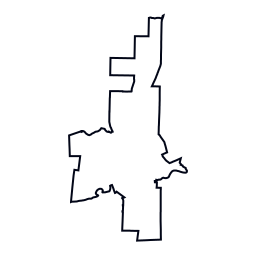 outline of Slobozia, Ialomita, Romania
{"feature_id": "2599482B59701946957193", "entity_name": "Slobozia", "entity_type": "district", "adm_level": 2, "iso_a3": "ROU", "parent_name": "Romania", "parent_adm1": "Ialomita", "projection": "natural_earth1", "projection_center": [27.382, 44.608], "detail": "fine", "context": "isolated", "style": "outline", "palette": "ink", "viewbox_px": 256, "rotation_deg": 0, "n_neighbors": 0, "source": "geoboundaries", "source_scale": "gbopen_adm2", "svg_char_len": 5560}
<svg xmlns="http://www.w3.org/2000/svg" viewBox="0 0 256 256"><path d="M71.0,202.0L71.5,201.8L72.1,201.7L72.3,201.7L73.2,201.7L73.7,201.6L74.1,201.6L76.3,201.5L77.1,201.4L77.8,201.2L78.4,201.0L79.0,200.9L79.6,200.8L81.7,200.6L82.6,200.4L83.6,200.3L85.6,199.8L86.9,199.3L87.3,199.1L88.9,198.7L89.3,198.7L90.2,198.7L90.6,198.7L91.1,198.7L91.3,198.6L92.0,198.3L92.3,198.0L92.7,197.7L93.1,197.5L93.5,197.4L93.8,197.3L94.4,197.2L95.9,196.9L96.6,196.6L97.6,196.2L97.8,196.0L98.1,195.5L98.0,195.4L97.9,195.2L97.7,195.1L97.3,194.9L96.5,194.5L96.2,194.0L96.0,193.8L95.8,193.2L95.9,192.6L96.5,191.3L96.8,190.9L96.9,190.6L97.4,190.1L97.8,189.8L98.4,189.3L99.0,189.1L99.3,188.9L99.7,188.8L100.2,188.8L100.6,188.8L101.0,188.8L101.6,189.0L102.0,189.3L102.4,189.8L102.7,190.2L102.8,190.6L102.8,190.9L102.7,191.3L102.5,191.6L102.4,192.2L102.6,192.4L103.2,192.4L104.1,192.3L105.2,192.3L105.9,192.1L109.3,191.3L109.5,191.1L110.1,189.6L110.3,188.6L110.4,187.7L110.3,187.0L110.1,185.8L111.0,185.3L112.0,185.0L113.5,188.8L113.7,189.6L114.3,191.3L115.0,193.0L115.3,192.9L115.8,192.6L116.1,192.3L116.6,191.7L124.4,197.4L124.2,197.5L123.7,197.6L122.8,197.4L122.1,198.1L122.3,198.4L122.7,198.8L123.0,199.6L123.2,200.2L123.3,200.8L123.2,205.1L122.8,205.1L122.8,205.4L122.8,205.6L122.9,206.1L123.1,206.1L122.9,210.8L122.5,211.0L122.4,211.1L122.6,212.3L122.9,212.4L122.6,220.4L122.6,220.5L122.3,227.6L122.2,230.7L122.8,230.7L126.2,230.7L130.0,230.7L131.2,230.8L138.4,230.9L137.1,240.6L144.7,240.3L147.0,240.2L150.5,240.0L158.9,239.7L160.9,239.6L160.9,239.4L160.8,234.5L160.8,232.2L160.8,229.6L160.6,221.0L160.6,219.3L160.6,216.6L160.6,212.5L160.7,211.7L160.7,208.8L160.7,207.1L160.7,204.9L160.7,202.7L160.7,200.1L160.7,199.3L160.7,197.5L160.7,195.7L160.7,194.1L160.7,190.6L160.8,189.4L160.8,187.8L159.4,187.8L156.6,187.7L156.8,185.8L156.9,182.4L154.9,182.3L154.8,181.0L156.3,180.9L156.3,179.8L157.4,180.0L157.7,180.0L158.2,179.8L159.0,179.6L159.5,179.6L159.8,179.7L160.2,179.6L160.6,179.5L161.2,179.1L161.7,178.6L162.3,178.1L162.7,177.9L163.2,177.7L164.2,178.0L165.1,178.1L166.2,178.1L166.6,178.0L167.1,177.9L167.6,177.7L168.0,177.5L168.4,177.2L168.7,176.9L168.9,176.7L169.5,175.2L170.0,174.2L170.9,172.8L171.4,172.2L171.9,171.6L172.2,171.3L172.5,171.1L173.1,170.8L173.7,170.6L174.2,170.5L175.0,170.5L175.7,170.5L176.5,170.6L177.4,170.9L178.0,171.0L178.9,171.2L180.5,171.8L182.3,172.3L183.2,172.5L184.2,172.6L185.2,172.7L185.7,172.7L186.0,172.6L186.3,172.4L186.7,172.1L186.8,171.9L186.9,171.4L186.9,171.2L186.9,170.5L186.5,170.0L186.3,169.8L186.1,169.5L185.7,168.7L185.6,168.3L185.7,168.1L185.3,167.8L183.8,167.0L183.4,166.8L183.0,166.5L182.6,165.5L181.9,165.3L181.4,165.1L180.9,164.9L181.2,164.5L179.7,162.7L180.8,158.3L179.7,158.8L177.2,159.9L177.1,160.0L176.1,160.4L174.2,161.2L173.1,161.6L171.5,162.4L169.5,163.1L169.4,163.0L168.7,162.5L167.0,161.2L166.5,160.9L165.2,159.5L164.4,158.4L162.7,156.4L162.6,155.6L162.4,155.2L162.1,154.6L163.6,153.9L166.3,152.7L167.1,152.4L165.5,146.1L164.5,142.8L164.5,142.5L164.3,142.0L160.6,136.8L159.9,135.6L159.7,135.3L159.4,135.0L159.3,134.8L158.8,134.6L158.6,134.4L158.7,131.2L158.8,126.4L158.9,125.4L159.1,119.3L159.4,112.5L159.4,112.1L159.5,108.8L159.5,106.9L159.6,105.3L159.6,103.2L159.7,100.4L159.7,98.6L159.7,94.7L159.7,92.3L159.8,86.5L157.5,86.4L152.7,86.3L151.9,86.3L152.8,84.4L153.3,83.2L154.0,81.7L154.6,80.5L155.1,79.3L155.4,78.8L155.8,77.8L156.2,76.7L156.4,76.1L157.0,74.7L157.3,74.0L157.4,73.5L157.5,73.2L157.8,72.5L158.0,72.1L158.2,71.4L158.8,69.8L159.0,69.3L160.2,66.3L160.5,65.3L160.8,64.1L160.9,63.5L160.9,62.7L160.9,61.4L160.9,60.7L161.0,59.4L161.0,58.6L161.0,57.8L161.0,57.1L161.0,54.9L161.2,47.8L161.2,41.7L161.3,39.3L161.3,36.9L161.3,36.5L161.5,26.9L161.5,26.7L161.6,22.9L161.6,22.1L161.7,21.5L161.8,21.0L161.8,20.6L161.9,20.1L162.1,19.5L163.2,16.6L163.3,16.2L163.5,15.4L163.1,15.6L162.7,15.9L162.6,16.1L162.4,17.2L162.3,17.4L162.0,17.8L161.7,18.0L161.1,18.2L160.9,18.3L159.5,17.9L157.8,17.9L156.8,17.9L155.6,18.2L155.4,18.3L154.9,18.4L154.4,18.4L154.0,18.2L153.8,18.1L152.8,18.0L152.4,18.0L152.0,18.0L151.8,18.0L151.5,17.8L151.3,17.7L150.9,17.6L150.7,17.6L150.4,17.5L150.2,17.5L149.7,17.7L149.3,17.8L148.9,17.9L148.5,36.3L134.9,36.2L134.7,47.9L134.5,58.3L110.5,57.9L110.2,75.2L134.2,75.5L134.2,75.8L134.1,76.1L134.0,79.2L134.1,79.4L134.2,79.6L134.2,80.1L134.2,80.5L134.2,81.4L134.1,81.8L131.8,88.7L131.6,91.3L131.5,91.5L126.3,91.6L123.5,91.5L122.7,91.5L122.6,91.2L111.7,91.1L110.1,91.1L109.9,97.6L109.8,97.8L109.5,111.6L109.4,111.6L109.3,121.3L109.3,121.9L110.2,126.2L110.7,127.5L111.0,127.8L111.2,128.3L111.4,129.0L111.6,129.6L112.3,130.8L112.6,131.6L111.9,131.7L111.8,132.1L111.5,132.4L111.4,132.5L111.0,132.7L110.7,132.7L110.4,132.6L110.0,132.2L109.6,131.9L109.4,131.8L109.1,131.7L109.1,132.0L107.9,131.9L106.9,131.6L106.5,131.4L106.2,131.0L105.8,130.6L105.4,130.3L105.3,130.2L105.1,129.7L104.8,129.1L104.6,128.9L103.9,128.7L103.2,128.6L101.5,128.2L101.3,128.2L101.1,128.4L100.8,128.8L100.6,129.2L99.7,130.2L98.6,130.9L97.9,131.3L97.6,131.4L97.1,131.5L96.3,131.6L95.7,131.7L95.4,131.8L94.9,132.1L94.1,132.6L93.8,132.8L92.9,133.2L91.9,133.7L91.7,133.8L90.8,134.6L90.4,134.7L90.2,134.8L89.8,135.0L89.6,135.1L89.4,135.1L89.0,135.1L88.7,135.0L88.2,134.8L87.8,134.7L87.6,134.6L87.4,134.4L86.0,133.5L85.8,133.3L85.5,132.9L85.4,132.7L84.8,132.1L84.5,131.8L84.1,131.5L83.5,131.2L83.2,131.1L82.7,131.0L82.3,131.0L82.2,131.0L82.5,131.5L81.4,131.9L81.1,131.3L69.1,135.4L69.4,144.6L69.6,149.3L69.8,156.1L80.2,156.1L78.4,170.4L74.4,169.8L73.6,175.3L72.4,187.0L71.0,201.7L71.0,202.0Z" fill="none" stroke="#020617" stroke-width="2"/></svg>